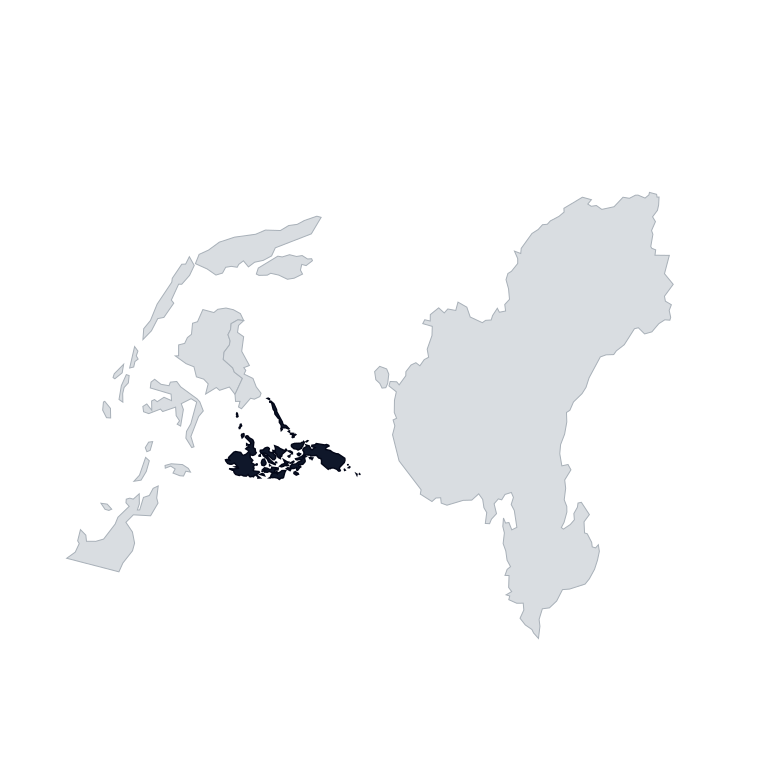 Philippines highlighted among its neighbors, rotated 109°
{"feature_id": "PHL", "entity_name": "Philippines", "entity_type": "country or territory", "adm_level": 0, "iso_a3": "PHL", "parent_name": "Asia", "parent_adm1": "", "projection": "albers", "projection_center": [122.681, 12.951], "detail": "fine", "context": "with_neighbors", "style": "filled", "palette": "ink", "viewbox_px": 768, "rotation_deg": 109, "n_neighbors": 3, "source": "natural_earth", "source_scale": "50m", "svg_char_len": 12310}
<svg xmlns="http://www.w3.org/2000/svg" viewBox="0 0 768 768"><g transform="rotate(109 384 384)"><path d="M647.9,573.5L652.1,627.3L643.5,621.2L634.1,620.2L632.0,622.6L620.5,623.6L624.0,616.7L629.6,614.1L626.6,605.3L621.9,598.6L604.0,592.6L596.6,592.2L582.7,585.1L580.3,589.3L576.8,590.2L574.7,587.2L574.5,583.6L567.5,579.7L577.0,576.3L583.4,576.2L582.6,574.0L569.5,574.5L565.8,569.6L557.8,568.3L553.9,564.3L565.8,561.8L570.2,558.9L584.6,561.8L589.3,578.4L598.8,583.0L605.8,573.7L615.7,568.0L623.6,567.5L638.2,572.6L647.9,573.5ZM505.1,631.4L506.2,635.4L500.3,641.5L492.4,643.4L491.3,642.4L496.1,634.7L505.1,631.4ZM588.9,612.8L587.7,606.6L591.0,600.7L593.1,603.0L593.3,607.0L588.9,612.8ZM442.3,521.5L437.2,529.2L443.5,537.4L441.9,541.4L451.6,549.4L441.1,550.3L438.1,556.0L438.3,563.7L429.6,569.3L429.2,577.7L425.4,590.5L424.2,587.4L413.9,590.9L410.5,585.7L404.1,585.0L399.7,582.2L388.9,584.8L385.8,580.6L372.6,579.5L371.8,568.1L367.5,565.5L363.6,558.1L362.8,550.6L364.2,542.7L369.7,537.3L370.9,543.1L376.7,548.2L382.5,546.8L388.1,547.6L393.4,543.5L397.6,542.9L405.9,545.6L413.1,544.0L418.0,532.3L421.5,529.4L424.8,519.7L442.3,521.5ZM544.1,580.3L554.0,582.4L557.4,588.8L549.8,585.5L531.0,585.5L533.0,580.9L544.1,580.3ZM521.9,589.0L515.6,587.6L513.8,584.0L522.9,583.5L525.2,586.2L521.9,589.0ZM530.3,538.3L531.0,543.0L536.3,543.6L537.2,547.1L536.9,554.5L532.3,553.8L531.1,559.0L534.8,563.4L532.3,564.5L528.7,559.2L525.8,548.3L527.5,541.5L530.3,538.3ZM475.2,548.7L496.5,549.5L505.2,543.2L506.7,545.1L499.7,553.7L493.1,555.3L484.5,553.7L462.1,555.2L460.7,561.6L468.6,569.3L473.4,565.4L490.0,562.6L489.3,566.5L485.4,565.3L481.6,570.2L473.7,573.5L482.1,584.3L480.5,587.2L488.6,596.8L488.5,602.3L483.7,604.7L480.1,601.8L484.5,595.0L475.7,598.2L473.4,595.9L474.6,592.7L468.2,587.7L468.9,579.5L462.9,582.0L463.8,603.7L458.1,604.9L454.2,602.4L456.9,594.8L455.6,586.7L451.8,586.6L449.1,580.8L452.9,575.3L458.9,555.9L460.8,552.4L468.3,546.1L475.2,548.7ZM462.2,642.4L450.1,636.6L458.7,635.2L466.7,640.2L466.1,642.3L462.2,642.4ZM471.9,628.6L478.0,628.0L486.2,625.0L484.9,629.5L471.1,631.8L459.0,630.7L459.0,627.7L466.2,626.1L471.9,628.6ZM443.8,626.8L449.4,626.2L451.7,629.7L429.8,632.0L433.0,627.4L438.0,627.4L440.5,624.6L443.8,626.8ZM355.5,607.7L356.5,610.7L373.9,612.4L376.0,609.1L392.7,613.8L395.8,619.2L409.4,621.2L420.5,626.4L409.9,629.2L400.0,625.5L382.3,624.5L356.8,617.8L353.0,618.6L336.6,614.2L335.2,610.6L327.0,609.5L333.7,602.0L344.6,603.2L355.5,607.7ZM321.4,560.8L322.5,566.7L325.2,571.7L331.7,572.8L335.7,578.4L332.8,588.7L331.6,601.5L321.6,601.0L314.5,593.5L303.5,585.9L293.8,573.1L284.2,554.1L277.1,546.3L272.6,531.9L265.2,525.7L261.3,518.0L255.3,512.5L247.2,502.1L246.9,497.7L265.7,501.6L290.6,531.1L299.5,532.0L306.4,538.4L311.0,546.0L317.4,550.3L313.3,557.0L318.2,560.3L321.4,560.8Z" fill="#d9dde1" stroke="#a8b0b8" stroke-width="1"/><path d="M375.3,396.9L368.7,393.8L368.9,386.4L373.1,382.7L382.2,380.7L386.9,381.1L388.5,384.5L384.8,388.2L382.6,393.1L375.3,396.9ZM168.5,175.0L168.7,170.8L174.0,169.7L169.5,156.1L188.4,154.7L195.6,143.0L209.7,147.4L214.1,144.9L215.5,138.1L221.6,138.3L227.7,134.6L230.6,134.5L231.9,139.4L237.5,143.8L247.5,147.7L251.8,153.9L248.0,161.8L250.2,165.2L268.6,169.6L277.0,175.1L281.4,176.4L284.1,183.5L288.0,188.3L311.4,192.1L321.4,191.9L328.6,193.6L339.3,199.0L348.3,199.7L351.5,202.2L360.4,198.8L372.6,196.9L383.8,197.3L392.7,195.1L403.5,189.2L400.2,183.8L404.3,179.3L415.9,181.9L423.4,178.3L434.8,175.9L440.3,171.3L445.5,169.4L456.2,168.7L462.0,169.6L462.8,167.1L456.2,162.1L450.4,159.8L444.7,162.3L437.5,161.0L433.4,161.8L431.6,158.9L440.6,147.3L449.2,150.0L459.5,145.9L459.5,143.0L466.1,136.1L470.2,134.1L470.1,130.6L466.2,129.0L472.1,125.9L481.0,124.8L490.6,124.6L501.3,126.4L507.7,128.7L517.5,141.8L520.3,148.3L533.0,150.1L541.8,154.7L545.0,161.1L556.1,160.7L562.3,157.7L574.3,155.1L570.7,161.5L568.0,164.2L565.8,172.0L561.2,179.1L552.2,178.2L545.9,181.0L548.1,187.1L547.3,195.8L543.5,196.1L543.6,199.9L538.7,195.7L535.8,199.9L524.4,203.4L525.6,207.3L519.1,207.2L515.5,204.9L510.5,210.3L502.2,214.5L496.1,219.4L485.6,221.7L480.0,225.3L471.8,227.4L475.9,223.8L474.3,220.8L480.3,215.7L476.3,211.7L461.2,219.6L456.5,224.5L449.1,224.7L445.1,228.3L449.0,233.6L455.2,235.0L455.4,238.5L461.4,240.9L470.0,235.4L476.8,238.4L481.7,238.7L482.9,242.8L472.1,245.0L468.5,249.2L461.0,253.1L457.0,258.7L465.2,263.2L468.2,271.2L478.1,285.0L478.0,291.1L473.1,293.4L474.9,297.8L479.5,300.4L476.3,313.8L471.9,314.5L451.8,344.7L429.2,359.4L420.1,360.1L415.0,363.7L412.3,360.9L407.6,365.0L396.0,368.8L387.4,369.8L384.2,378.7L379.6,379.0L377.8,372.7L379.9,369.4L369.1,366.1L365.2,367.3L357.2,364.6L353.5,360.8L355.1,356.0L347.8,353.9L344.2,350.5L337.0,354.5L322.6,354.4L313.8,357.1L314.3,367.0L310.0,366.4L309.4,360.8L303.3,362.8L294.2,357.1L297.2,350.2L292.3,348.1L291.1,340.1L282.5,340.7L284.4,330.7L292.6,324.3L294.0,311.0L290.7,308.6L288.6,303.5L283.9,303.6L275.5,301.5L278.6,298.3L275.4,292.8L269.5,295.7L263.1,292.9L253.5,297.2L245.6,302.6L239.1,302.8L236.0,300.2L226.5,296.8L221.9,298.4L215.9,303.9L216.1,297.2L211.1,298.4L193.5,293.1L187.7,288.5L181.8,286.0L179.8,281.6L175.6,279.8L168.6,273.2L162.8,269.7L159.3,271.1L142.8,257.2L142.2,247.9L147.5,249.9L148.5,245.9L146.1,241.3L148.0,234.9L141.5,224.2L129.6,218.8L128.5,212.4L123.6,207.7L122.7,205.3L123.2,197.7L119.0,195.1L116.4,195.4L115.9,188.0L118.4,186.7L117.7,184.8L125.4,182.6L130.8,182.0L138.5,184.5L142.1,180.2L151.8,181.0L154.9,178.5L167.2,176.5L168.5,175.0Z" fill="#d9dde1" stroke="#a8b0b8" stroke-width="1"/><path d="M289.1,493.2L290.7,491.8L297.4,496.2L297.7,500.7L303.5,500.1L306.6,496.8L313.2,503.4L316.4,509.4L315.3,519.1L316.2,527.2L319.1,529.8L322.0,537.6L321.6,540.5L315.3,540.6L297.7,526.0L297.0,521.6L292.5,515.4L291.9,508.2L289.2,503.2L290.7,497.0L289.1,493.2ZM442.3,521.5L424.8,519.7L421.5,529.4L418.0,532.3L413.1,544.0L405.9,545.6L397.6,542.9L393.4,543.5L388.1,547.6L382.5,546.8L376.7,548.2L370.9,543.1L369.7,537.3L376.0,540.6L382.9,539.3L385.0,532.1L399.4,529.2L410.3,517.3L414.2,521.9L416.1,519.1L420.2,519.5L421.4,509.7L428.3,503.9L432.8,497.2L436.3,497.3L440.6,501.7L440.9,505.5L453.8,510.7L453.1,514.1L447.3,514.5L448.8,518.7L442.3,521.5Z" fill="#d9dde1" stroke="#a8b0b8" stroke-width="1"/><path d="M471.2,396.0L477.3,398.8L478.9,398.6L479.8,397.2L480.7,397.4L481.1,398.6L480.0,400.8L479.8,404.3L480.5,406.3L481.7,407.4L481.9,408.6L482.8,409.0L479.6,417.2L476.7,418.1L475.1,419.4L475.2,421.7L473.4,424.7L475.9,429.8L475.3,430.3L475.4,431.1L476.5,434.8L477.7,436.0L480.2,436.8L480.9,436.3L480.1,434.9L482.6,433.4L483.7,433.5L486.3,434.6L487.4,436.6L487.7,438.4L488.8,438.4L489.3,437.6L489.0,436.4L489.5,435.7L490.5,436.5L493.7,437.6L494.0,438.0L493.6,438.6L491.5,439.3L493.7,442.6L493.5,444.0L496.5,444.6L495.8,448.7L494.3,447.6L494.8,445.6L492.1,445.7L489.5,444.6L489.3,443.1L488.2,441.1L485.7,439.6L483.4,437.0L482.4,437.2L482.7,439.2L484.1,441.5L484.1,442.7L483.5,443.3L481.6,440.4L479.1,438.1L476.6,436.8L474.3,437.6L472.9,439.3L470.8,439.0L468.7,437.2L467.8,437.0L467.0,437.9L466.9,434.5L469.4,431.9L469.6,430.6L466.6,428.5L466.6,431.9L465.4,432.2L463.8,429.2L462.4,428.7L460.9,420.1L459.9,418.6L460.0,416.4L460.5,415.8L463.2,418.3L464.9,417.8L464.4,413.1L465.3,410.4L465.5,406.7L465.0,404.5L467.0,396.9L468.8,396.1L471.2,396.0ZM512.6,476.8L514.2,477.2L514.2,478.5L515.2,480.0L515.3,480.9L513.8,483.1L515.8,484.1L516.6,486.5L516.4,489.7L517.6,491.0L517.8,494.8L516.6,496.8L514.5,498.2L514.9,499.3L514.5,502.9L513.2,498.3L511.2,494.1L510.1,494.7L507.5,499.7L509.3,501.7L510.0,503.7L510.0,505.9L508.2,508.6L507.3,509.2L506.4,507.8L506.2,505.1L504.6,506.9L503.6,506.8L497.4,503.8L496.2,502.3L495.4,497.2L497.2,494.8L497.3,493.7L495.2,491.4L492.6,490.1L491.1,490.1L490.3,493.6L488.4,492.6L487.7,491.1L486.8,492.4L485.6,492.6L485.1,490.9L483.6,490.5L482.4,491.6L479.5,497.6L478.0,497.4L477.5,496.5L477.6,495.4L478.7,494.0L479.4,490.1L480.4,489.0L481.6,488.1L486.1,487.1L486.9,486.6L487.3,484.7L489.8,483.5L490.6,482.4L492.7,483.1L494.2,484.7L494.4,486.8L493.4,488.0L493.8,488.0L497.2,486.5L498.9,483.2L500.8,483.9L501.7,483.5L502.2,480.8L502.9,480.0L505.2,480.8L505.8,479.5L508.3,479.5L508.6,478.4L507.5,473.8L508.0,473.1L511.5,475.2L512.6,476.8ZM488.0,479.2L486.9,479.3L485.8,477.0L483.2,475.6L481.9,473.8L481.8,472.6L482.4,471.4L484.4,471.2L485.7,470.3L485.3,466.7L486.5,465.0L486.7,463.4L489.1,462.4L491.2,463.0L491.7,464.3L488.3,472.3L488.2,474.5L489.6,477.4L488.0,479.2ZM505.8,449.0L506.5,450.7L508.3,451.9L507.6,454.0L508.0,457.1L509.0,459.4L508.7,460.2L509.8,460.8L510.1,461.8L509.2,461.1L505.8,461.0L504.1,459.3L503.1,457.4L503.8,455.6L502.8,455.5L501.0,453.4L499.1,452.3L497.8,448.7L500.1,449.0L505.0,448.6L505.8,449.0ZM478.7,454.6L483.6,457.5L485.5,457.2L486.3,457.8L486.0,458.5L488.2,457.7L487.9,459.9L487.0,461.4L485.2,462.5L484.9,463.9L482.8,465.1L480.1,465.7L478.0,467.2L478.1,463.5L478.8,461.5L479.3,456.8L479.0,456.1L477.5,455.5L477.7,454.9L478.7,454.6ZM444.0,480.5L437.3,484.8L438.5,481.8L443.2,477.3L445.1,476.4L453.0,467.8L454.7,466.7L455.5,464.9L455.1,463.5L455.5,462.4L457.2,459.2L457.6,459.5L457.4,462.6L458.7,466.6L456.0,468.1L454.4,470.4L450.9,471.6L450.8,472.9L447.9,477.3L445.3,478.6L444.0,480.5ZM465.0,440.4L469.9,440.7L471.1,441.6L471.7,441.1L474.4,443.8L474.0,445.5L474.5,448.1L473.3,451.0L472.0,451.7L471.0,451.4L469.3,449.2L467.1,443.4L465.9,442.6L465.4,441.4L464.5,441.3L465.0,440.4ZM498.1,457.7L500.8,459.6L502.3,458.8L503.2,459.0L504.1,460.4L504.0,464.2L505.3,465.4L506.2,468.3L505.2,468.6L505.1,469.3L503.8,467.8L504.2,470.7L502.1,469.6L501.7,467.2L502.1,464.2L501.0,462.6L499.2,463.0L498.1,457.7ZM491.1,474.7L489.7,476.1L489.6,475.5L490.2,471.4L492.9,466.9L495.7,460.0L495.4,467.6L492.9,470.0L491.1,474.7ZM500.5,472.9L498.5,474.3L496.5,474.5L494.9,474.3L493.9,472.7L496.9,469.9L498.3,469.7L500.3,470.8L500.5,472.9ZM491.6,449.8L494.5,452.2L495.7,453.9L495.7,455.8L493.0,454.1L493.1,453.6L490.9,451.8L488.2,454.3L489.1,450.2L488.9,448.6L491.6,449.8ZM498.7,437.3L498.0,440.0L496.7,440.3L495.6,439.1L496.3,438.0L496.3,436.4L497.1,435.5L498.7,437.3ZM479.1,502.1L477.9,502.2L476.6,500.5L476.8,500.1L478.8,499.4L481.1,500.6L479.1,502.1ZM462.4,452.1L463.4,451.7L464.4,452.9L464.2,453.5L461.6,453.5L460.4,451.8L460.6,450.9L462.4,452.1ZM477.3,440.0L479.4,440.9L479.5,441.8L478.5,443.2L477.0,442.1L477.3,440.0ZM469.9,505.0L471.5,505.8L473.0,505.8L473.2,506.3L472.2,506.9L471.5,506.3L469.0,506.7L468.5,506.2L469.9,505.0ZM509.8,471.7L508.1,469.9L508.4,468.3L509.6,467.1L509.8,471.7ZM479.6,448.0L478.5,452.7L477.8,450.8L478.4,448.4L479.6,448.0ZM463.1,512.2L462.5,512.9L461.9,512.5L460.5,513.7L459.3,513.7L459.4,513.2L462.3,511.5L463.1,512.2ZM478.8,427.5L478.2,428.4L478.7,429.6L477.9,430.5L477.1,427.2L478.8,427.5ZM483.9,467.0L483.0,467.4L482.9,465.8L484.3,464.6L484.6,465.4L483.9,467.0ZM461.8,456.1L461.0,456.2L460.3,453.9L461.8,454.3L461.8,456.1ZM500.5,458.0L499.4,458.1L498.4,456.5L499.7,456.3L500.5,458.0ZM484.1,450.0L483.5,451.2L482.0,449.7L483.5,449.4L484.1,450.0ZM513.0,472.9L512.4,472.3L513.1,470.4L514.0,472.6L513.0,472.9ZM487.2,444.0L490.0,447.5L486.4,444.4L486.5,444.0L487.2,444.0ZM461.4,466.0L459.6,467.0L459.4,466.1L460.1,465.4L461.4,466.0ZM492.5,477.4L492.9,478.6L492.2,478.9L491.1,478.1L492.5,477.4ZM492.1,447.8L493.4,450.5L491.8,448.1L492.1,447.8ZM436.0,487.4L435.6,489.6L435.1,488.9L435.3,487.5L436.0,487.4ZM502.4,478.5L502.1,479.0L501.1,478.6L501.0,477.8L501.7,477.6L502.4,478.5ZM510.9,495.9L510.8,497.8L510.1,496.4L510.3,495.4L510.9,495.9ZM463.9,438.3L463.9,438.9L462.5,438.0L462.5,437.5L463.9,438.3ZM505.9,470.0L506.4,471.6L505.1,469.6L505.9,470.0ZM478.5,393.1L477.1,394.1L478.1,392.6L478.5,393.1ZM478.1,434.2L479.9,436.2L478.1,434.9L478.1,434.2ZM474.6,389.6L474.7,390.4L473.4,389.6L473.6,389.2L474.6,389.6ZM460.3,457.7L460.0,459.0L459.2,458.5L459.1,458.1L460.3,457.7ZM485.4,493.4L486.4,494.0L485.2,494.4L485.4,493.4ZM502.6,457.1L502.4,457.6L502.0,457.2L501.5,456.1L502.6,457.1ZM493.3,459.9L493.8,461.0L493.1,461.0L492.9,460.2L493.3,459.9ZM438.4,486.1L437.9,486.3L437.8,485.3L438.4,485.5L438.4,486.1ZM512.3,474.4L511.8,474.2L512.2,473.0L512.4,473.7L512.3,474.4ZM472.1,391.1L472.4,392.6L471.9,391.8L472.1,391.1ZM478.9,380.0L477.9,381.0L478.1,380.1L478.9,380.0ZM477.4,376.8L477.2,378.0L476.9,378.0L477.4,376.8ZM498.6,465.5L497.8,465.8L498.2,464.9L498.6,465.5ZM480.8,448.5L480.6,449.3L480.8,448.5L480.8,448.5Z" fill="#0f172a" stroke="#020617" stroke-width="1.5"/></g></svg>